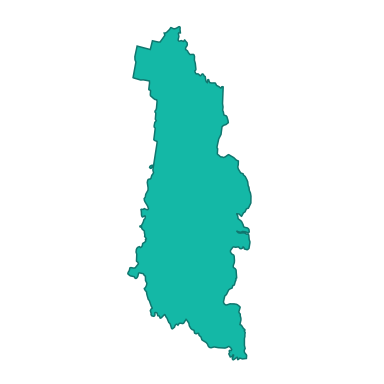 map outline of Kostroma (Natural Earth projection), rotated 275°
{"feature_id": "RUS-2356", "entity_name": "Kostroma", "entity_type": "Region", "adm_level": 1, "iso_a3": "RUS", "parent_name": "Russia", "parent_adm1": "", "projection": "natural_earth1", "projection_center": [43.479, 58.454], "detail": "fine", "context": "isolated", "style": "filled", "palette": "teal", "viewbox_px": 384, "rotation_deg": 275, "n_neighbors": 0, "source": "natural_earth", "source_scale": "10m", "svg_char_len": 6015}
<svg xmlns="http://www.w3.org/2000/svg" viewBox="0 0 384 384"><g transform="rotate(275 192 192)"><path d="M38.6,245.3L39.8,244.5L40.9,243.2L41.3,242.3L41.2,241.7L40.2,240.4L39.4,238.5L39.2,231.7L39.6,227.6L38.5,224.6L38.6,223.4L39.0,222.5L39.8,221.7L41.9,220.6L43.3,219.2L45.3,215.2L45.7,214.7L48.3,213.6L49.8,211.6L51.7,210.9L51.8,210.3L51.1,208.4L51.6,206.9L54.2,206.1L54.5,205.8L54.9,204.2L56.0,202.7L58.4,201.0L61.0,200.3L64.0,197.9L64.6,197.2L60.6,195.1L60.1,194.3L60.3,191.9L60.1,190.8L58.1,189.6L59.0,188.4L58.8,187.8L57.6,186.7L55.9,186.4L54.0,184.5L54.2,183.6L58.8,181.7L60.1,180.2L64.3,178.0L64.9,177.3L67.4,175.7L67.5,175.3L67.3,175.1L64.1,172.5L63.6,171.7L63.6,171.3L65.6,170.2L65.8,168.7L68.3,167.8L68.7,167.1L68.8,166.0L68.4,165.5L66.3,165.8L65.2,165.4L64.8,164.4L65.2,162.6L66.2,161.9L67.7,161.8L70.1,160.8L71.9,161.5L72.7,162.5L73.0,162.5L75.0,161.2L80.2,158.9L81.2,157.8L85.9,156.0L88.7,155.3L89.7,154.1L91.3,153.0L91.8,152.9L92.7,153.9L95.0,154.8L97.2,155.0L99.8,153.4L104.0,152.9L104.9,151.6L106.3,150.7L106.9,146.6L106.5,145.9L103.0,145.3L101.7,144.6L101.1,143.9L101.0,143.2L101.4,142.6L102.6,141.8L103.1,137.8L104.6,135.5L105.2,135.2L106.4,135.4L108.4,136.4L110.9,136.7L111.1,137.0L111.4,137.7L111.1,140.6L111.5,142.0L115.7,144.8L117.2,144.3L118.1,142.9L118.4,142.7L125.2,142.4L127.3,141.5L130.0,141.6L131.3,142.1L132.3,143.0L133.0,144.4L132.2,145.6L133.1,146.7L134.5,147.2L136.2,147.3L136.8,147.8L137.7,149.1L138.9,150.1L139.3,150.2L140.2,149.8L140.7,149.8L141.3,150.6L142.6,149.7L143.5,148.7L145.1,148.8L147.0,148.2L149.0,147.9L150.6,145.7L151.3,145.2L152.8,144.8L152.5,144.0L152.9,143.1L153.6,143.2L153.9,144.1L154.7,144.8L157.7,146.0L160.3,146.5L161.1,147.3L161.7,147.5L163.0,147.7L163.7,147.6L164.0,147.4L164.1,147.0L162.9,145.1L162.8,144.8L163.2,144.3L164.6,143.7L167.8,143.3L170.1,142.7L170.4,143.1L170.4,144.9L171.3,145.9L170.6,147.9L170.4,149.0L170.7,149.6L171.6,150.1L174.1,149.0L178.2,146.0L179.5,145.3L181.3,144.9L182.7,145.9L185.7,146.1L190.0,148.0L192.3,147.9L197.6,146.6L199.5,146.8L200.6,147.2L201.1,148.1L201.4,149.4L201.8,149.8L205.2,150.5L206.3,151.3L207.9,152.0L210.5,151.1L237.6,152.9L239.3,152.8L240.2,150.0L240.9,149.4L252.1,149.8L252.7,149.5L253.4,148.7L254.4,148.5L258.2,148.9L259.1,149.7L260.1,150.1L261.1,149.2L261.6,149.1L267.0,149.1L267.7,148.9L268.4,148.2L269.1,148.1L269.6,148.2L270.5,148.9L272.3,149.3L279.3,149.3L280.8,148.7L280.9,147.2L281.7,145.7L284.2,142.3L285.2,142.0L289.3,141.9L289.6,141.7L290.1,140.2L290.5,140.0L296.9,140.2L298.9,139.9L299.5,133.7L299.1,131.1L300.5,124.1L300.8,123.3L316.6,124.8L318.7,123.7L321.9,123.3L332.6,124.6L330.3,138.0L339.2,139.4L338.4,145.6L338.7,147.2L345.5,151.2L346.1,151.2L347.9,150.4L348.1,151.6L348.7,152.7L352.0,155.5L353.9,156.5L353.9,157.1L353.2,158.8L353.0,160.1L353.7,162.0L355.5,164.5L355.6,165.0L355.5,165.4L354.6,165.9L352.8,165.9L349.5,166.6L349.3,166.2L349.7,165.4L349.4,164.9L348.7,164.6L345.7,165.4L342.7,164.9L341.9,165.0L341.3,165.6L341.1,166.2L341.9,168.2L341.2,170.3L341.4,170.6L342.6,171.2L342.8,171.5L341.9,172.3L340.2,174.1L338.5,174.5L337.3,174.3L335.8,173.4L334.8,173.1L333.9,173.1L333.3,173.4L332.2,175.2L330.6,176.2L328.9,177.8L328.8,178.3L329.2,181.1L329.1,181.6L328.7,182.1L327.2,182.7L323.5,182.9L320.3,184.1L314.6,185.2L313.9,185.1L313.1,184.4L312.1,184.4L310.3,185.5L310.0,186.4L310.2,187.4L310.1,188.0L308.5,190.1L308.8,190.6L310.5,191.9L310.4,192.7L310.1,193.1L308.8,193.9L308.1,195.1L304.4,196.0L303.0,196.7L302.3,197.6L303.3,198.0L304.8,197.8L305.3,198.1L305.4,198.5L305.3,198.8L303.6,199.5L302.5,200.2L302.3,202.1L302.6,204.9L302.5,205.8L300.3,207.2L299.3,209.6L298.1,211.5L298.3,212.0L299.4,212.5L299.6,213.1L299.4,213.9L282.7,214.7L279.4,215.5L276.1,215.4L274.4,216.3L271.7,217.0L271.4,217.4L270.8,219.5L270.0,220.2L266.2,221.7L264.2,222.1L262.1,219.9L261.5,218.3L260.8,217.3L259.5,216.2L251.9,215.9L247.2,214.0L239.3,213.0L238.1,213.1L237.3,213.8L232.3,213.9L231.6,214.4L230.9,215.6L229.5,217.4L229.5,219.1L229.1,220.5L230.0,222.2L232.1,224.6L232.4,225.3L229.9,230.6L227.5,233.6L227.1,235.2L226.8,235.5L223.2,235.7L221.0,235.4L219.0,236.1L215.3,238.8L214.6,241.3L213.3,241.9L212.0,243.7L208.8,245.7L207.0,246.6L203.2,247.4L201.7,248.3L198.5,249.0L196.1,250.3L193.0,251.1L186.2,251.6L180.8,249.6L180.3,248.3L179.8,247.6L176.9,246.6L175.7,245.1L172.3,243.6L172.1,243.3L174.1,240.9L174.3,239.2L174.2,238.5L173.9,238.5L172.2,239.6L169.4,240.3L167.5,243.3L166.7,244.1L163.6,245.9L161.9,246.5L161.4,247.6L161.1,250.1L160.5,251.2L159.6,252.0L157.3,252.5L156.4,252.0L156.4,250.8L157.1,248.5L157.1,245.9L156.9,245.3L156.1,244.3L156.4,241.9L157.1,239.7L155.6,241.4L155.3,242.3L155.2,243.7L155.8,246.5L155.7,248.3L154.8,250.0L154.8,251.7L154.1,252.3L149.6,253.1L147.6,254.0L146.4,254.1L140.9,253.7L139.5,252.5L139.3,251.8L139.8,249.2L141.2,248.5L141.7,247.7L140.5,247.2L139.7,245.8L139.9,244.7L141.3,243.2L141.2,242.1L140.7,240.2L141.0,238.2L140.4,237.4L137.4,235.6L136.6,235.4L135.2,235.7L133.7,237.1L132.8,239.0L131.7,239.6L127.3,240.3L125.3,240.3L122.7,239.6L121.0,239.6L120.5,239.8L119.3,241.8L118.1,242.7L110.3,244.0L109.7,243.2L108.4,243.5L106.1,242.8L103.2,242.3L102.9,242.1L102.4,240.9L99.7,240.2L99.1,238.8L97.7,237.1L92.8,235.2L91.2,233.7L85.3,232.9L84.0,233.4L83.1,234.2L82.4,235.6L82.7,236.9L83.9,239.6L84.2,243.8L84.0,246.1L83.6,247.2L81.9,249.7L81.2,250.0L76.7,249.1L75.8,249.5L74.6,250.7L72.7,250.9L70.6,251.7L68.7,251.9L64.1,251.3L63.6,252.8L60.6,255.1L59.6,256.5L59.1,256.8L58.2,256.2L56.7,257.2L54.4,257.1L52.9,257.3L50.5,257.0L43.7,257.6L40.7,258.6L39.3,258.0L38.1,257.9L36.7,258.3L34.5,260.4L33.7,260.7L30.9,260.7L30.1,256.8L30.7,254.2L30.5,253.8L29.5,253.1L29.0,252.3L29.1,252.1L31.0,251.7L31.3,251.3L28.9,248.5L28.4,247.7L28.5,247.4L29.0,246.9L29.7,246.7L32.5,247.6L33.2,247.6L33.4,247.1L31.4,246.1L31.0,244.5L33.9,242.8L35.7,243.5L36.5,243.0L37.2,243.0L37.6,243.5L37.5,244.9L38.6,245.3ZM212.8,147.6L213.9,147.9L214.7,148.8L215.2,149.8L215.2,150.6L214.6,150.9L212.1,149.3L211.9,148.7L212.1,148.3L212.8,147.6Z" fill="#14b8a6" stroke="#0f766e" stroke-width="1.5"/></g></svg>